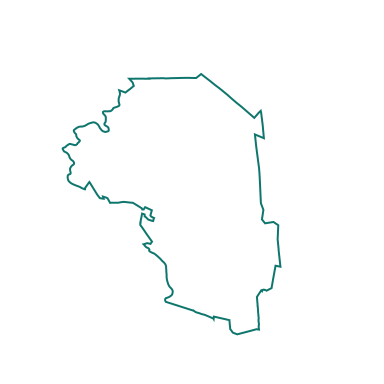 the district of Mazsalacas pag., Mazsalacas, Latvia, rotated 34°
{"feature_id": "27541924B83250469425555", "entity_name": "Mazsalacas pag.", "entity_type": "district", "adm_level": 2, "iso_a3": "LVA", "parent_name": "Latvia", "parent_adm1": "Mazsalacas", "projection": "equal_earth", "projection_center": [25.052, 57.893], "detail": "fine", "context": "isolated", "style": "outline", "palette": "teal", "viewbox_px": 384, "rotation_deg": 34, "n_neighbors": 0, "source": "geoboundaries", "source_scale": "gbopen_adm2", "svg_char_len": 5757}
<svg xmlns="http://www.w3.org/2000/svg" viewBox="0 0 384 384"><g transform="rotate(34 192 192)"><path d="M309.1,284.7L317.1,275.6L322.2,269.7L324.5,268.6L323.9,267.9L323.6,267.7L323.3,267.3L322.4,266.1L322.1,265.6L321.7,264.6L321.6,264.4L318.6,260.9L318.1,259.6L317.3,258.7L314.4,255.1L311.5,251.4L310.5,250.1L310.1,249.9L310.0,249.6L308.4,247.5L307.6,246.6L304.7,242.9L304.5,242.7L304.4,235.0L304.4,234.9L305.4,235.1L305.6,235.1L305.2,234.0L305.2,233.8L306.1,232.8L306.3,232.9L307.7,232.2L309.0,232.1L311.7,227.2L308.2,219.4L306.6,215.8L306.3,215.1L302.5,206.4L307.1,204.5L296.1,191.5L295.8,191.0L289.5,183.4L282.1,171.3L276.3,171.3L270.1,177.1L265.3,175.6L261.2,166.9L255.4,162.8L251.9,158.1L241.5,144.1L237.5,138.8L234.3,134.8L219.9,118.5L212.0,109.1L221.5,107.2L213.1,96.9L204.9,87.5L204.0,86.7L203.6,86.3L203.0,88.9L202.2,95.7L185.8,93.7L182.6,93.4L179.5,93.2L171.9,92.3L166.8,91.6L157.0,90.7L150.9,90.4L146.7,90.0L133.6,89.1L131.7,95.2L124.7,99.7L119.2,103.5L115.5,106.2L112.3,108.4L106.9,112.4L104.4,113.8L92.8,121.9L93.1,122.1L86.3,126.6L76.6,133.2L81.5,134.4L84.4,136.6L83.0,141.5L82.6,142.4L81.2,146.8L79.0,147.3L74.8,148.4L75.7,149.1L76.0,149.4L77.3,150.7L77.6,151.2L77.7,151.4L77.9,151.8L78.0,152.5L78.2,152.9L78.4,153.4L78.4,153.8L78.6,154.4L78.9,155.3L79.4,156.3L80.2,157.4L80.4,157.8L80.7,158.1L81.6,158.9L82.0,159.3L82.4,159.6L82.9,160.0L83.0,160.4L83.3,160.7L83.3,161.1L83.2,161.7L83.0,162.0L82.4,162.9L81.8,163.9L81.3,164.4L81.0,164.8L80.1,166.0L80.0,166.3L79.9,166.6L79.9,167.0L80.0,167.8L80.0,168.2L79.7,169.3L79.5,169.9L79.3,170.3L79.1,170.6L78.7,171.0L77.4,171.9L77.2,172.1L76.1,172.9L74.4,173.9L73.8,174.5L73.6,174.8L73.5,175.1L73.5,175.5L73.7,175.9L73.9,176.2L74.3,176.4L75.1,176.8L76.5,177.1L77.6,177.4L77.9,177.5L78.2,177.7L78.3,177.9L78.8,178.3L79.0,178.7L79.4,179.1L80.8,181.4L81.0,181.9L81.2,182.3L81.1,183.8L81.3,184.5L81.6,184.9L82.0,185.2L82.4,185.3L83.0,185.3L85.6,185.2L86.2,185.3L86.6,185.4L87.2,185.9L88.0,186.7L88.3,187.2L88.5,187.4L88.6,188.1L88.5,188.4L88.4,188.7L87.5,189.7L87.0,190.3L86.6,190.7L85.7,191.0L84.2,191.4L83.2,191.4L82.2,191.2L81.3,190.9L80.5,190.7L79.1,190.0L77.8,189.3L76.2,188.7L75.2,188.6L74.3,188.6L73.6,188.6L73.0,188.7L72.5,188.8L71.6,189.2L71.3,189.4L70.8,189.8L70.3,190.4L69.3,191.5L68.5,192.6L68.1,193.1L68.0,193.4L67.7,193.8L67.4,194.5L67.0,195.5L66.7,195.9L66.4,196.7L66.1,197.1L65.6,197.8L64.8,198.7L64.0,199.5L63.5,199.7L63.2,199.9L62.9,200.2L62.1,200.9L61.8,201.2L61.6,201.5L60.8,202.9L60.4,203.8L60.3,204.2L60.0,205.0L59.8,205.9L59.6,206.2L59.5,206.6L59.5,206.8L59.7,207.2L59.9,207.5L60.4,207.9L61.2,208.3L62.0,208.6L62.5,208.7L63.0,208.7L63.3,208.9L63.7,209.1L64.1,209.4L64.9,210.4L65.2,210.6L66.3,211.2L66.8,211.4L67.5,211.6L68.2,211.7L69.0,211.8L69.4,211.8L70.2,212.0L70.4,212.3L70.4,212.9L70.4,213.2L70.3,213.6L70.3,214.2L70.3,214.4L70.0,215.0L69.9,215.3L69.9,215.7L70.0,216.5L69.7,217.3L69.4,218.1L69.1,218.4L68.6,218.7L65.4,219.8L64.1,220.3L63.7,220.6L63.4,220.9L63.2,221.4L62.4,223.3L62.1,224.2L62.0,225.0L61.9,225.4L61.7,225.9L60.7,227.3L60.5,227.8L60.4,228.0L60.6,228.5L60.9,228.7L61.7,229.2L62.8,229.7L63.4,229.9L64.6,229.7L65.2,229.6L66.2,229.6L66.9,229.6L67.8,229.8L68.7,230.0L69.6,230.6L70.3,231.0L71.2,231.8L72.0,232.2L72.8,232.5L73.4,232.7L74.2,232.8L75.7,232.8L76.2,232.9L76.8,233.1L77.8,233.7L78.1,234.1L78.3,234.4L78.5,235.0L78.4,235.6L78.2,236.1L77.9,236.7L77.8,237.0L77.7,237.8L77.6,238.5L77.6,239.3L77.7,240.1L77.8,240.7L78.3,241.5L78.6,241.8L79.3,242.7L80.1,243.4L80.6,243.9L81.0,244.5L81.0,245.0L80.8,245.5L80.0,246.5L79.8,247.4L79.9,247.8L80.0,248.2L80.4,248.9L80.7,249.4L81.4,250.2L82.9,251.5L83.2,251.7L83.8,251.9L85.4,252.2L85.9,252.3L86.8,252.3L88.2,252.2L89.8,252.0L90.5,251.8L92.1,251.5L95.0,250.8L96.4,250.5L98.2,250.4L98.9,250.3L101.8,249.7L101.8,249.4L101.1,248.3L101.3,241.7L102.0,241.7L101.9,241.3L114.7,247.1L119.1,248.6L119.6,248.3L120.7,247.9L122.5,247.0L121.3,246.0L121.5,246.0L121.0,245.5L124.5,244.5L125.4,244.4L130.2,246.8L130.7,246.3L131.6,245.7L136.8,242.2L137.1,241.9L138.8,240.2L140.6,238.6L141.6,238.0L142.2,237.7L142.7,237.4L144.6,236.4L146.6,235.4L148.1,234.5L149.2,234.0L156.0,233.7L159.6,233.6L160.5,234.3L161.7,233.5L161.6,230.8L168.9,229.6L170.6,234.6L170.8,234.8L172.0,235.2L175.1,234.8L175.1,235.1L175.3,235.8L175.9,237.4L176.0,237.8L174.9,238.2L174.9,238.3L171.1,239.3L170.8,239.3L167.4,238.6L166.4,238.7L165.3,237.1L162.7,237.8L164.2,241.3L164.5,242.1L166.3,246.3L166.5,246.2L167.2,247.7L167.5,248.2L172.8,250.2L178.3,252.4L186.6,255.5L186.6,258.2L183.4,259.5L181.9,261.5L181.1,262.4L182.1,262.6L183.6,263.1L184.4,263.3L185.6,263.3L186.6,263.1L187.6,263.0L188.2,263.2L188.9,263.6L189.0,264.0L189.2,264.4L189.7,264.8L190.6,264.9L192.4,264.7L193.1,264.6L193.8,264.5L194.2,264.3L195.1,264.2L195.9,264.2L197.1,264.3L198.4,264.4L199.2,264.5L202.5,265.0L204.0,265.3L205.3,265.7L206.5,265.9L208.2,266.1L210.2,266.8L211.2,267.4L212.1,268.1L213.1,269.6L214.6,271.4L215.1,272.2L216.1,273.4L217.2,274.8L218.5,276.7L219.3,277.7L221.3,279.7L222.7,280.8L223.8,281.7L225.0,282.4L226.2,283.0L227.5,283.3L229.3,283.7L229.8,283.9L230.6,284.3L230.9,284.5L231.4,284.9L231.7,285.4L232.0,285.8L232.2,286.4L232.6,287.3L232.8,287.9L232.8,288.5L232.7,289.3L232.1,291.0L231.6,292.0L230.4,293.8L229.9,294.3L229.7,294.7L229.6,295.5L229.7,295.8L230.1,296.6L230.4,296.9L231.2,297.4L231.7,297.7L259.1,289.7L259.3,289.4L260.3,289.5L261.0,289.5L261.8,289.5L262.7,289.4L263.5,289.2L264.7,288.7L268.7,287.7L270.4,287.0L271.8,286.6L279.6,285.1L280.3,285.0L280.7,285.0L280.9,285.1L279.8,283.1L281.5,282.4L294.7,277.3L295.0,277.7L296.1,279.1L300.5,284.4L301.3,284.6L302.6,285.0L302.8,285.2L304.2,285.6L304.5,285.7L304.9,285.7L306.0,285.4L306.6,285.3L306.9,285.2L307.5,285.1L308.1,284.9L308.5,284.8L309.1,284.7Z" fill="none" stroke="#0f766e" stroke-width="2"/></g></svg>